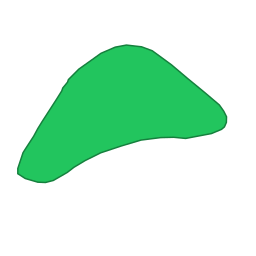 outline of Satawal, Federated States of Micronesia, rotated 19°
{"feature_id": "79324940B29452408429398", "entity_name": "Satawal", "entity_type": "district", "adm_level": 2, "iso_a3": "FSM", "parent_name": "Federated States of Micronesia", "parent_adm1": "", "projection": "robinson", "projection_center": [147.031, 7.38], "detail": "fine", "context": "isolated", "style": "filled", "palette": "green", "viewbox_px": 256, "rotation_deg": 19, "n_neighbors": 0, "source": "geoboundaries", "source_scale": "gbopen_adm2", "svg_char_len": 646}
<svg xmlns="http://www.w3.org/2000/svg" viewBox="0 0 256 256"><g transform="rotate(19 128 128)"><path d="M110.2,160.4L127.6,147.1L144.2,135.2L162.1,126.4L174.2,121.9L185.9,119.1L208.7,106.1L216.9,98.8L218.8,95.6L219.2,90.7L217.5,85.3L213.0,80.9L206.9,76.5L189.0,69.5L168.3,61.8L148.5,54.1L125.9,47.1L114.4,46.8L99.5,50.1L89.6,55.7L78.1,66.2L69.3,78.6L62.3,88.4L55.9,101.6L55.9,104.4L53.3,111.4L53.3,114.5L51.2,123.6L44.6,150.4L42.9,158.0L41.5,166.5L37.7,181.7L36.8,185.5L37.0,202.1L38.7,207.1L47.3,209.2L60.3,208.6L67.7,206.4L74.5,201.9L85.1,189.7L89.7,182.7L98.1,172.7L110.2,160.4Z" fill="#22c55e" stroke="#15803d" stroke-width="1.5"/></g></svg>